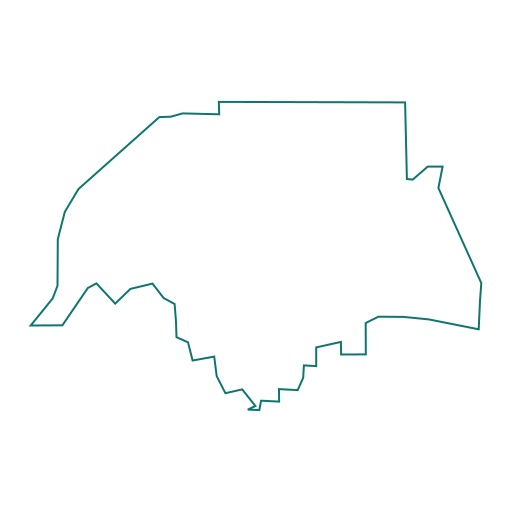 Etowah, Alabama, United States of America
{"feature_id": "52423323B46857882117510", "entity_name": "Etowah", "entity_type": "district", "adm_level": 2, "iso_a3": "USA", "parent_name": "United States of America", "parent_adm1": "Alabama", "projection": "albers", "projection_center": [-86.062, 34.021], "detail": "fine", "context": "isolated", "style": "outline", "palette": "teal", "viewbox_px": 512, "rotation_deg": 0, "n_neighbors": 0, "source": "geoboundaries", "source_scale": "gbopen_adm2", "svg_char_len": 789}
<svg xmlns="http://www.w3.org/2000/svg" viewBox="0 0 512 512"><path d="M62.4,325.3L87.8,288.0L96.4,283.4L115.2,303.6L130.4,288.9L152.5,283.6L163.6,298.0L174.6,304.0L176.0,321.6L176.5,337.2L188.0,342.3L192.6,360.5L214.2,356.6L216.7,376.1L225.4,393.2L242.2,389.4L255.4,406.0L247.8,409.6L259.3,410.1L261.1,400.7L279.1,401.6L279.0,389.1L297.7,390.1L303.2,377.8L303.9,365.4L316.2,366.1L316.2,357.1L316.2,347.4L340.9,341.9L341.1,354.5L365.8,354.4L365.7,323.0L378.4,316.7L403.6,316.9L428.8,319.4L478.7,329.3L480.0,300.9L481.3,283.1L438.4,188.0L442.6,166.6L427.7,166.6L412.7,179.6L406.9,179.0L405.1,102.4L218.8,101.9L219.2,114.3L182.7,113.4L170.8,116.7L159.3,117.1L78.5,189.0L64.8,211.9L57.8,239.2L57.5,285.8L52.7,298.4L30.7,325.5L62.4,325.3Z" fill="none" stroke="#0f766e" stroke-width="2"/></svg>